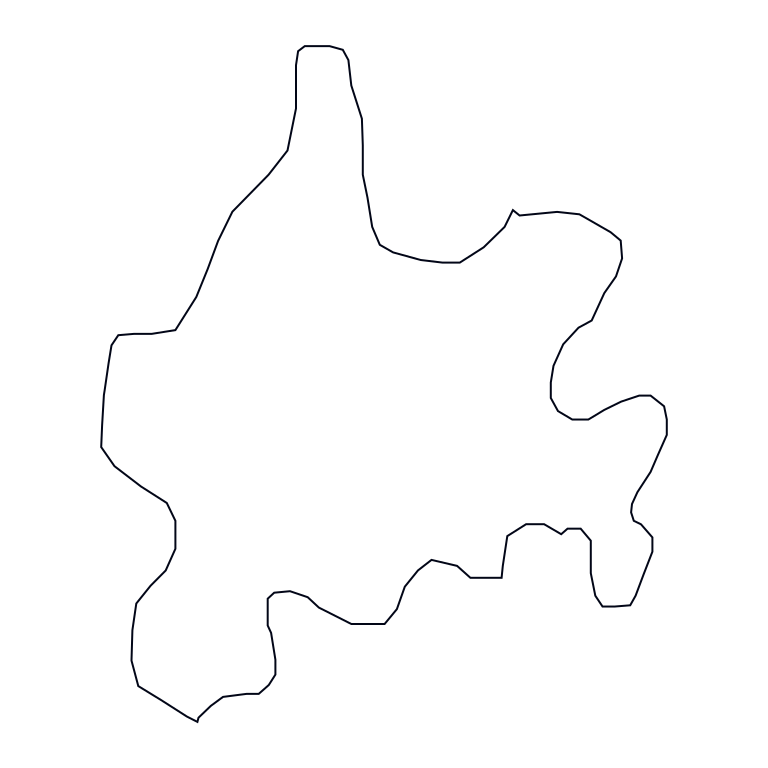 outline of Gradsko
{"feature_id": "MKD-2930", "entity_name": "Gradsko", "entity_type": "Statistical Region", "adm_level": 1, "iso_a3": "MKD", "parent_name": "North Macedonia", "parent_adm1": "", "projection": "mercator", "projection_center": [21.909, 41.604], "detail": "fine", "context": "isolated", "style": "outline", "palette": "ink", "viewbox_px": 768, "rotation_deg": 0, "n_neighbors": 0, "source": "natural_earth", "source_scale": "10m", "svg_char_len": 1665}
<svg xmlns="http://www.w3.org/2000/svg" viewBox="0 0 768 768"><path d="M561.2,534.2L544.1,524.2L526.1,524.2L507.3,536.1L502.8,565.9L501.6,577.8L486.1,577.8L470.4,577.8L457.1,565.9L431.5,559.9L418.0,570.4L404.8,586.7L396.9,609.1L384.6,624.0L351.3,624.0L318.9,607.6L307.7,597.2L290.0,591.2L274.2,592.7L267.7,598.7L267.7,612.1L267.7,625.5L271.1,632.9L275.4,659.7L275.4,674.6L268.8,685.0L258.7,693.9L246.4,693.9L223.0,696.9L210.9,705.8L198.5,717.7L197.4,721.9L186.8,716.5L161.0,700.0L138.3,686.1L131.5,660.6L132.4,630.2L136.3,603.5L150.6,585.7L165.7,570.5L175.4,548.8L175.4,520.8L166.8,503.0L141.0,486.5L114.5,466.2L101.2,447.1L102.1,425.5L103.9,395.0L104.6,390.6L108.6,363.1L111.5,345.3L118.3,335.2L133.6,333.9L151.5,333.9L175.4,330.1L196.3,297.0L207.7,269.0L218.1,240.9L232.4,211.7L268.6,174.7L287.5,150.5L296.0,108.5L296.0,84.3L296.0,70.3L296.0,65.2L298.1,51.2L304.8,46.1L313.3,46.1L329.5,46.1L342.8,49.8L348.4,60.1L351.3,85.5L361.9,118.7L362.8,145.4L362.8,174.7L367.5,197.7L372.2,226.9L379.8,244.8L393.1,252.4L420.7,260.0L442.5,262.6L459.8,262.6L483.7,247.3L504.6,226.9L512.9,210.1L519.6,215.5L557.1,211.9L579.4,214.3L610.6,232.2L620.7,240.6L622.1,258.4L616.0,276.4L604.3,293.1L591.7,320.5L578.5,327.7L563.2,344.3L553.5,365.8L550.8,382.5L550.8,398.0L558.0,411.1L572.2,419.5L588.4,419.5L604.3,409.9L621.2,401.6L639.2,395.6L650.6,395.6L664.1,406.3L666.8,419.5L666.8,434.9L657.8,455.2L650.6,471.9L637.4,492.2L632.0,504.0L631.1,512.4L633.8,520.8L641.0,524.3L652.4,537.4L652.4,551.7L643.6,574.4L635.6,595.7L630.2,605.3L615.1,606.5L602.5,606.5L595.3,595.7L590.8,573.2L590.8,540.7L580.7,528.7L567.5,528.7L561.2,534.2Z" fill="none" stroke="#020617" stroke-width="2"/></svg>